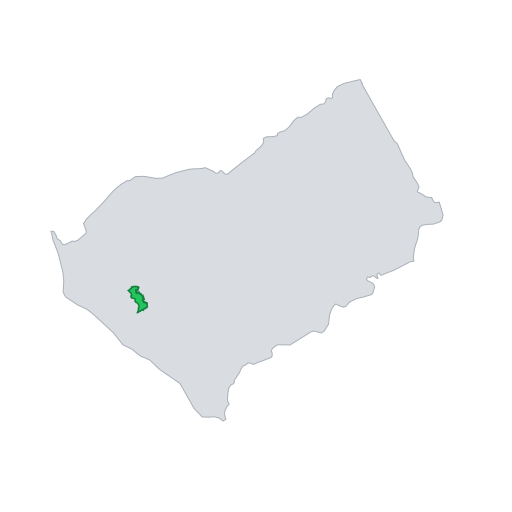 Assin North, Central, Ghana shown in context, rotated 61°
{"feature_id": "2480657B44214183650816", "entity_name": "Assin North", "entity_type": "district", "adm_level": 2, "iso_a3": "GHA", "parent_name": "Ghana", "parent_adm1": "Central", "projection": "albers", "projection_center": [-1.35, 5.826], "detail": "fine", "context": "in_parent", "style": "filled", "palette": "green", "viewbox_px": 512, "rotation_deg": 61, "n_neighbors": 0, "source": "geoboundaries", "source_scale": "gbopen_adm2", "svg_char_len": 6820}
<svg xmlns="http://www.w3.org/2000/svg" viewBox="0 0 512 512"><g transform="rotate(61 256 256)"><path d="M310.9,72.5L314.6,76.0L315.4,78.0L314.1,85.5L311.4,90.8L309.7,95.7L309.9,98.2L311.6,100.7L317.2,104.5L320.1,107.0L323.5,110.9L327.4,114.6L334.0,119.4L336.9,120.3L336.7,121.6L335.8,123.5L335.3,141.6L334.8,146.3L334.3,148.7L333.7,155.4L333.0,156.4L331.7,156.3L330.6,156.6L330.3,157.9L330.8,159.3L334.8,160.3L333.9,161.3L330.9,162.2L329.6,164.3L330.2,166.6L328.5,168.5L329.0,169.7L330.1,170.6L331.7,170.3L336.4,167.2L338.4,166.8L340.9,167.5L345.4,172.2L345.6,174.5L343.8,182.5L342.0,188.7L341.7,196.9L343.6,201.5L343.3,204.0L341.3,206.2L336.7,209.4L337.0,211.6L339.1,215.6L343.1,220.1L350.8,225.7L354.8,232.9L355.0,235.9L352.6,238.8L349.8,241.4L349.0,245.1L350.3,269.4L344.2,280.0L344.2,283.0L344.8,286.5L346.4,288.6L349.5,289.2L352.1,291.2L351.2,298.6L349.9,306.2L349.7,309.9L348.9,311.6L346.6,313.0L345.7,315.4L346.3,318.4L345.9,320.6L347.2,323.4L349.9,326.9L354.4,335.6L356.1,336.3L356.9,338.1L356.4,339.9L358.2,343.7L363.1,347.6L368.4,350.9L372.6,351.4L373.6,354.4L376.4,358.2L378.4,359.9L381.6,361.0L384.2,361.5L384.4,364.8L379.6,367.0L376.4,370.4L374.0,375.5L370.7,381.1L359.0,384.1L354.6,384.1L330.6,384.3L308.3,395.4L295.4,399.4L287.5,405.6L276.8,410.0L269.4,415.4L253.9,418.0L228.5,426.4L220.6,429.7L212.5,435.6L199.4,442.4L194.3,442.3L184.1,435.9L176.4,432.7L157.6,427.7L143.5,425.8L136.7,423.6L134.9,423.3L136.5,421.0L140.4,420.8L144.5,421.5L147.6,419.8L152.2,419.6L153.4,417.7L153.8,413.1L153.8,409.4L155.4,407.7L155.8,403.3L153.6,393.5L152.0,392.4L143.8,391.0L143.2,389.1L141.7,387.0L140.2,382.0L138.4,374.5L135.6,365.2L130.1,349.9L128.8,344.4L127.8,338.9L127.6,332.3L128.8,329.9L128.6,326.5L128.1,323.1L132.0,315.3L139.7,305.8L141.3,302.4L142.7,300.0L142.9,296.5L144.3,285.4L147.9,272.0L150.2,266.9L151.8,264.2L153.6,259.7L154.1,257.6L161.1,252.4L164.3,251.0L165.1,248.9L164.0,246.7L164.4,245.1L166.1,244.3L168.7,243.7L170.6,241.6L167.7,225.0L165.3,208.5L165.2,207.1L163.8,204.8L162.4,198.0L160.1,194.0L156.8,192.8L156.8,189.1L160.1,182.8L161.0,179.0L159.4,177.9L159.2,175.0L160.3,170.4L159.8,167.5L159.2,164.4L155.8,157.2L154.9,152.1L156.7,149.1L156.7,142.6L154.8,132.5L154.5,126.1L155.8,123.5L155.2,120.9L152.7,118.5L152.6,116.2L154.7,113.9L154.4,112.2L151.8,110.9L149.4,107.8L147.3,102.9L147.8,95.0L151.8,80.5L152.3,79.3L156.8,79.4L156.8,80.0L170.7,79.9L186.6,79.8L205.7,79.6L223.0,79.4L223.7,78.8L226.6,78.0L244.0,79.5L255.0,78.7L259.6,79.2L263.0,80.2L270.5,79.6L274.6,79.9L277.6,83.5L278.8,83.5L280.5,82.0L283.5,80.2L286.6,78.8L288.8,76.0L290.1,73.9L292.1,74.3L295.0,74.2L296.9,72.4L297.6,69.6L310.9,72.5Z" fill="#d9dde1" stroke="#a8b0b8" stroke-width="1"/><path d="M230.9,385.1L232.0,385.1L232.8,384.9L233.2,384.0L234.0,383.3L234.8,382.7L236.3,383.1L236.7,383.6L237.6,383.8L238.8,383.0L240.4,382.4L241.3,382.3L243.7,382.8L244.3,383.9L246.3,385.1L248.0,387.2L248.2,386.8L248.2,386.6L248.1,386.3L248.0,386.0L248.1,385.5L248.1,385.1L247.9,384.6L248.0,384.5L248.2,384.1L248.2,383.8L248.1,383.7L247.9,383.3L247.9,383.1L247.9,382.8L247.9,382.7L248.0,382.5L247.9,382.3L248.0,382.2L248.0,381.9L248.2,381.7L248.3,381.5L248.3,381.4L248.5,381.2L248.4,381.2L248.4,380.9L248.3,380.6L248.1,380.5L248.0,380.4L248.0,380.2L247.9,379.9L247.8,379.7L247.9,379.4L248.1,379.2L248.3,379.0L248.3,378.8L248.3,378.6L248.3,378.4L248.1,378.3L247.9,378.3L248.0,378.3L247.8,378.2L247.9,377.9L247.9,377.7L248.0,377.5L248.1,377.4L248.1,377.2L248.2,376.9L248.1,376.3L248.0,375.9L247.9,375.7L247.6,375.5L247.3,375.7L247.0,375.5L246.9,375.5L246.7,375.4L246.4,375.1L246.2,375.2L245.9,375.1L245.7,374.8L245.2,374.5L245.2,374.4L244.9,374.2L244.7,374.2L244.4,374.2L244.4,374.3L244.0,374.1L243.9,374.2L243.8,374.3L243.7,374.3L243.5,374.6L243.4,374.8L243.3,375.1L243.4,375.3L243.2,375.3L242.9,375.4L242.8,375.5L242.7,375.4L242.8,375.3L242.8,375.2L242.6,375.2L242.5,375.3L242.3,375.6L242.4,375.8L242.5,375.9L242.6,376.1L242.4,376.4L242.5,376.5L242.4,376.6L242.2,376.7L241.9,376.5L241.8,376.1L241.7,376.0L241.2,376.1L241.1,376.3L240.9,376.5L240.7,376.8L240.4,377.0L240.1,376.9L239.9,376.9L239.7,376.7L239.9,376.5L240.0,376.1L239.6,375.9L239.5,375.7L239.5,375.2L239.8,374.9L239.8,374.7L239.7,374.6L239.3,374.7L239.2,374.8L239.2,375.1L238.9,375.3L238.6,375.3L238.3,375.2L238.2,375.2L238.0,375.3L237.9,375.4L237.7,375.5L237.6,375.3L237.8,375.3L237.9,375.2L238.0,375.0L238.1,374.8L238.2,374.7L237.8,374.7L237.8,374.9L237.7,374.9L237.5,375.0L237.4,374.9L237.5,374.7L237.4,374.5L237.4,374.3L237.2,374.3L237.1,374.2L236.9,374.2L236.6,374.2L236.2,374.2L235.9,374.2L235.7,374.1L235.7,374.4L235.8,374.5L235.9,374.8L235.7,375.0L235.4,375.2L235.2,375.0L234.8,375.0L234.7,375.0L234.4,375.1L234.2,374.9L233.9,374.9L233.6,374.9L233.3,374.9L233.3,375.0L233.5,375.2L233.5,375.3L233.4,375.4L233.3,375.7L233.2,375.9L233.1,376.0L233.0,375.9L232.8,375.6L232.7,375.6L232.6,375.8L232.4,375.8L232.3,376.1L232.1,376.1L231.7,375.9L231.4,375.8L231.3,376.5L231.2,376.5L230.9,376.4L230.8,376.2L230.8,375.9L230.7,375.8L230.5,376.0L230.6,376.5L230.8,376.8L231.0,376.9L231.0,377.1L230.8,377.4L230.9,377.6L230.8,377.9L230.8,378.4L230.5,378.3L230.4,378.4L230.2,378.6L230.0,378.8L229.9,378.7L229.9,378.3L229.7,378.2L229.3,378.0L229.2,378.0L229.4,378.1L229.3,378.3L229.2,378.3L228.9,378.1L228.5,378.0L228.5,377.9L228.7,377.7L228.4,377.6L228.2,377.6L227.9,377.5L227.6,377.8L227.5,377.7L227.3,377.6L227.5,377.4L227.5,377.2L227.6,376.9L227.6,376.7L228.0,376.6L228.2,376.8L228.4,376.8L228.6,376.8L228.7,376.7L228.5,376.4L228.4,376.4L228.4,376.2L228.6,376.0L228.6,375.9L228.3,375.6L228.1,375.6L228.0,375.4L227.8,375.4L227.7,375.3L227.5,374.8L227.5,374.6L227.4,374.5L227.3,374.4L227.2,374.5L227.1,374.9L226.8,374.8L226.8,374.7L226.8,374.3L226.9,374.2L227.0,374.2L226.9,373.9L226.6,373.9L226.4,373.8L226.2,373.8L225.9,373.9L225.9,374.1L226.0,374.2L226.3,374.3L226.2,374.4L225.9,374.6L225.7,374.5L225.4,374.5L225.2,374.8L225.0,375.2L224.7,375.3L224.6,375.6L224.4,375.6L224.3,375.8L224.1,376.1L224.2,376.3L224.2,376.5L223.9,376.9L224.0,377.0L223.9,377.1L223.3,377.7L223.3,377.8L223.5,378.1L223.4,378.2L223.3,378.5L223.1,378.7L223.2,378.9L223.1,379.0L222.9,379.3L223.1,379.4L223.1,379.6L223.2,379.8L223.3,380.0L223.2,380.1L223.4,380.2L223.4,380.3L223.6,380.4L223.8,380.6L223.7,380.8L223.8,381.1L223.7,381.2L223.7,381.3L223.7,381.5L224.1,381.8L224.0,382.1L224.0,382.3L224.1,382.5L224.1,382.8L224.0,383.0L224.1,383.3L224.2,383.5L224.3,383.5L224.3,384.0L224.3,384.4L224.5,384.3L224.8,384.2L225.0,384.2L225.3,384.1L225.5,384.1L225.9,384.1L226.4,383.9L226.5,383.8L226.7,383.5L226.9,383.5L226.9,383.4L227.0,383.4L227.4,383.4L227.6,383.5L227.8,383.5L228.1,383.5L228.3,383.3L228.6,383.5L228.8,383.5L229.0,383.5L229.3,383.6L229.7,383.6L229.9,383.9L230.0,383.9L230.0,384.1L230.2,384.3L230.2,384.6L230.5,384.8L230.7,384.7L230.9,385.1Z" fill="#22c55e" stroke="#15803d" stroke-width="1.5"/></g></svg>